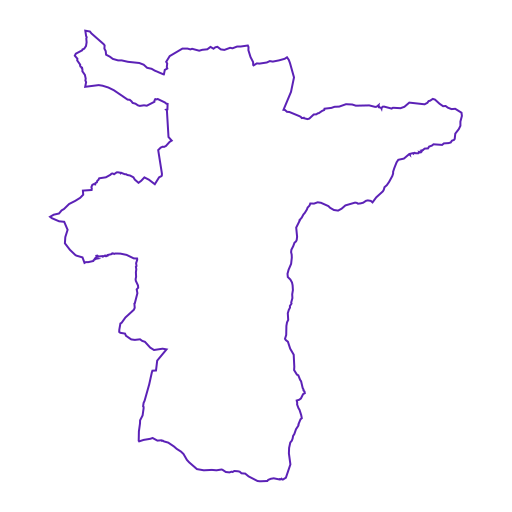 the district of Chirpar, Sibiu, Romania
{"feature_id": "2599482B69447881154639", "entity_name": "Chirpar", "entity_type": "district", "adm_level": 2, "iso_a3": "ROU", "parent_name": "Romania", "parent_adm1": "Sibiu", "projection": "orthographic", "projection_center": [24.592, 45.895], "detail": "fine", "context": "isolated", "style": "outline", "palette": "violet", "viewbox_px": 512, "rotation_deg": 0, "n_neighbors": 0, "source": "geoboundaries", "source_scale": "gbopen_adm2", "svg_char_len": 5957}
<svg xmlns="http://www.w3.org/2000/svg" viewBox="0 0 512 512"><path d="M285.9,477.7L290.4,464.4L288.9,453.4L289.1,447.9L290.3,442.5L291.8,440.7L292.6,438.6L293.1,435.9L294.3,434.1L296.0,429.2L298.2,425.9L298.6,424.8L298.4,424.4L300.5,419.3L301.8,418.2L301.2,415.1L299.5,409.8L298.5,408.2L297.1,404.5L297.2,402.7L296.7,400.5L299.1,399.8L300.9,398.5L303.1,394.1L304.8,393.2L304.5,391.5L303.5,390.5L303.5,389.5L302.7,388.1L301.1,381.3L300.1,379.8L298.3,375.3L296.9,374.6L294.1,370.1L294.3,366.8L293.7,354.7L290.2,348.7L287.9,341.7L285.8,340.1L285.0,338.8L286.2,335.0L286.4,325.9L287.0,322.4L288.2,319.9L287.8,313.2L288.8,309.9L290.0,307.6L289.9,306.0L291.5,303.6L291.2,302.5L292.4,298.1L292.2,294.3L292.9,290.1L292.6,285.3L292.0,282.5L290.4,279.6L287.8,277.0L287.5,273.8L288.6,269.7L291.1,263.9L291.8,257.7L291.7,254.7L291.1,252.1L291.4,249.7L293.2,246.2L294.5,242.7L296.0,241.4L296.7,239.9L297.1,236.8L296.2,227.6L299.8,220.4L299.0,220.7L301.7,217.7L303.4,214.5L304.8,212.9L306.9,209.5L307.6,207.6L309.5,205.6L310.3,203.5L314.0,203.6L317.7,202.3L321.0,202.8L328.4,206.1L330.1,207.8L333.9,210.0L338.1,210.6L341.6,208.7L345.4,205.4L355.1,202.6L356.8,202.9L358.0,203.7L360.5,203.4L363.2,202.7L366.0,200.8L367.8,200.4L370.8,200.9L372.5,202.4L376.2,197.4L382.9,191.3L383.8,189.7L384.5,187.2L386.8,185.2L389.1,181.9L392.3,176.0L393.1,173.6L393.1,171.8L394.3,168.1L396.6,162.3L398.3,159.8L403.9,158.6L409.2,154.1L409.8,154.7L409.7,154.2L410.6,153.7L412.6,153.2L413.1,153.5L413.1,153.2L414.7,152.8L415.1,153.2L418.1,153.3L418.7,152.7L419.7,152.5L419.4,152.0L420.9,152.3L421.6,151.6L421.4,150.9L422.0,150.6L421.7,150.4L422.8,150.1L424.7,148.6L428.0,148.4L429.1,146.6L431.9,145.6L433.5,144.3L442.1,144.9L443.9,143.4L448.5,143.1L450.7,142.5L451.9,140.7L454.0,139.9L454.7,138.9L455.3,133.6L458.8,129.1L460.4,125.8L460.4,121.6L461.9,115.9L461.5,112.7L455.2,108.8L451.5,109.1L447.9,107.7L445.6,106.0L443.1,106.2L439.5,103.7L435.0,99.6L432.8,98.9L430.1,100.7L428.6,101.1L427.4,102.8L424.6,104.3L409.3,102.6L404.4,106.8L400.5,108.2L393.7,107.8L392.5,107.9L391.7,108.6L384.1,106.6L382.7,106.7L381.6,107.9L381.5,108.6L381.1,107.8L379.0,107.3L379.0,106.4L378.3,106.1L378.5,105.2L376.7,106.7L375.2,106.9L369.2,105.4L355.9,105.7L352.2,104.5L346.0,104.2L339.2,106.6L334.5,106.8L331.4,107.9L324.5,108.7L324.2,110.0L322.1,110.9L318.9,113.1L317.6,113.4L316.4,114.3L313.7,114.5L309.3,118.6L307.5,119.1L303.9,118.2L303.8,117.8L301.8,118.1L300.7,116.8L299.3,116.1L289.4,112.0L287.0,111.8L285.0,110.0L283.5,109.8L291.0,91.9L294.0,77.4L290.0,63.1L288.8,59.9L287.0,57.3L284.7,58.8L278.9,60.4L272.8,61.6L269.8,61.1L266.8,62.5L259.5,63.6L256.8,63.4L253.6,65.4L253.2,65.0L253.1,62.1L250.5,57.0L248.4,50.2L248.5,47.1L247.8,45.5L240.9,46.5L237.2,46.5L232.5,48.3L230.1,47.8L224.4,49.9L220.8,49.4L217.4,46.8L215.3,47.3L213.5,48.7L210.5,46.9L207.3,49.3L202.3,49.8L199.2,50.7L192.1,48.8L190.4,49.4L187.5,48.6L182.4,48.6L169.7,56.1L166.2,61.8L167.2,63.5L166.8,67.1L167.3,68.5L164.8,69.9L163.9,74.4L163.6,74.4L154.7,70.6L151.6,68.8L147.1,67.8L143.7,64.7L139.3,63.0L127.9,61.8L121.7,60.4L118.1,60.4L112.8,58.9L109.9,56.7L106.1,54.7L105.7,51.1L104.4,48.6L104.6,45.4L103.7,44.2L91.4,33.4L89.9,31.5L85.3,30.7L86.1,36.0L86.7,37.2L86.3,38.6L86.6,42.3L86.0,46.0L84.2,48.7L82.5,49.4L82.2,50.3L75.8,53.7L74.8,55.7L77.4,58.7L77.2,60.4L80.2,64.7L80.1,65.7L80.5,66.6L82.0,67.6L81.8,68.4L82.4,69.0L82.4,71.3L84.9,74.9L85.7,78.6L85.4,80.5L86.1,82.2L85.2,86.8L98.7,85.1L102.5,85.7L108.3,87.5L113.8,90.2L127.6,99.6L129.7,99.8L131.5,101.3L132.6,102.9L135.5,103.7L138.0,105.4L139.8,105.9L144.0,105.3L146.8,105.7L154.4,101.8L154.5,100.5L155.3,99.1L156.6,99.4L157.7,99.0L164.8,102.4L166.4,103.7L167.6,103.9L167.4,109.4L166.2,109.7L166.9,110.4L168.5,137.0L171.7,140.6L169.6,141.9L165.9,146.0L164.0,146.9L162.7,146.7L160.7,147.6L158.2,150.1L161.9,173.5L161.9,175.2L161.5,176.1L159.1,177.3L154.8,184.2L148.9,179.7L144.4,177.4L141.2,180.8L138.5,182.8L134.8,179.6L133.4,177.3L130.0,175.5L127.3,175.0L126.3,174.3L124.7,174.2L121.2,172.8L120.6,173.3L120.2,172.7L117.9,172.3L116.6,172.4L114.1,174.2L112.7,173.5L111.5,173.7L110.4,174.8L105.9,177.3L99.2,178.3L98.4,179.9L97.3,180.8L96.9,182.3L95.4,183.1L95.2,184.4L93.7,184.1L92.3,184.9L91.4,187.1L91.8,188.5L91.6,190.0L82.9,190.6L83.2,194.7L80.2,197.8L75.2,200.9L69.1,204.0L64.0,209.0L61.6,210.4L59.0,213.5L53.7,214.7L50.1,216.8L51.9,218.2L59.1,221.3L64.2,221.8L67.6,229.8L65.3,237.1L64.9,243.3L69.9,249.8L75.2,254.9L76.3,255.6L82.5,257.4L84.5,262.9L85.9,262.1L88.4,262.1L93.3,261.0L93.6,260.2L95.9,258.8L97.5,258.5L96.1,258.0L95.4,258.8L94.3,259.1L96.7,256.8L96.4,255.8L97.4,255.6L98.5,256.5L102.6,256.1L102.9,256.6L105.1,255.5L105.5,255.7L105.4,256.1L106.0,256.3L107.7,255.6L107.6,255.0L111.7,254.1L112.0,253.5L112.8,253.3L114.2,253.9L115.2,253.5L120.3,253.6L126.6,254.9L133.8,258.4L137.1,258.5L137.2,259.8L136.1,263.2L136.5,266.0L135.9,266.8L136.3,269.2L135.9,272.3L136.1,276.8L135.6,279.2L135.8,280.8L138.0,285.5L138.2,287.7L136.7,289.4L137.4,293.2L134.8,303.3L134.4,303.6L134.7,307.8L133.9,309.7L125.4,317.5L121.6,322.8L120.4,323.5L119.3,329.7L119.2,331.9L120.3,332.8L125.0,333.6L126.0,335.8L131.2,339.4L134.8,339.9L140.0,339.3L142.2,340.9L144.9,341.8L150.2,347.6L154.0,350.0L162.6,348.7L166.5,349.4L157.2,360.6L156.0,370.5L152.4,370.7L151.8,372.6L149.2,384.4L144.6,400.7L143.6,402.9L143.1,406.3L143.6,406.9L143.6,408.3L142.6,415.4L140.1,420.3L140.0,423.5L138.9,431.3L138.7,441.3L138.4,441.6L143.7,439.9L150.3,438.8L152.6,438.0L157.4,440.6L161.3,440.3L162.0,440.9L162.7,440.6L163.9,441.4L168.2,442.6L174.0,446.5L176.6,448.8L181.0,451.6L183.5,454.0L186.9,459.9L189.1,462.3L196.9,469.1L203.8,470.3L211.8,469.9L216.5,470.3L221.5,469.5L222.5,469.8L225.8,472.0L229.5,472.4L231.5,471.7L232.6,472.0L234.3,471.0L238.1,471.3L239.7,471.7L241.5,473.3L245.2,473.6L248.6,476.4L257.5,481.0L260.0,481.3L267.3,481.0L268.2,479.9L270.8,478.8L273.7,478.3L279.7,479.5L279.8,479.1L280.8,479.2L281.5,478.7L282.3,479.5L283.0,479.5L285.9,477.7Z" fill="none" stroke="#5b21b6" stroke-width="2"/></svg>